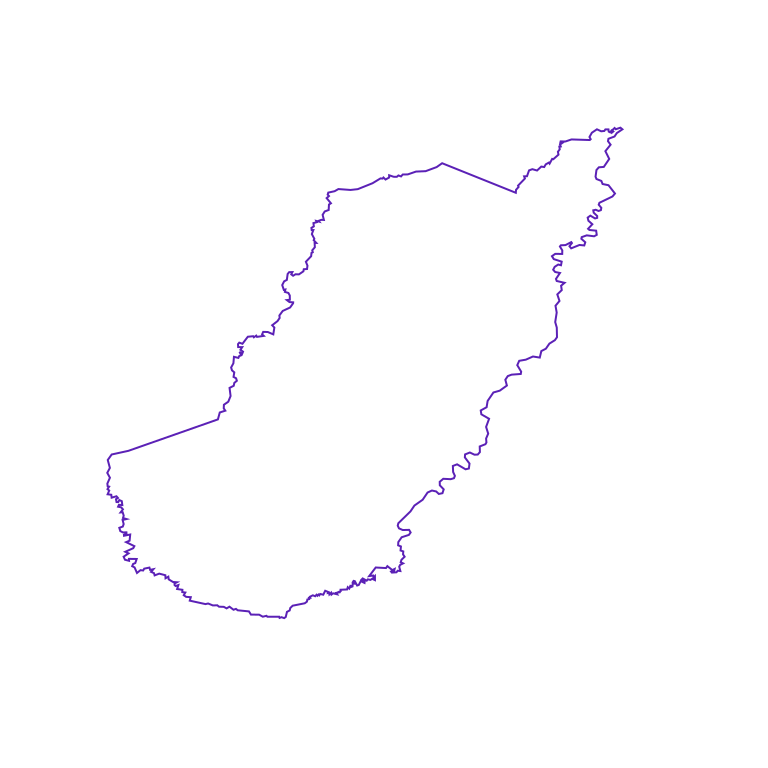 outline of Sabana De Torres, Santander, Colombia, rotated 75°
{"feature_id": "7082276B5396414457031", "entity_name": "Sabana De Torres", "entity_type": "district", "adm_level": 2, "iso_a3": "COL", "parent_name": "Colombia", "parent_adm1": "Santander", "projection": "natural_earth1", "projection_center": [-73.555, 7.427], "detail": "fine", "context": "isolated", "style": "outline", "palette": "violet", "viewbox_px": 768, "rotation_deg": 75, "n_neighbors": 0, "source": "geoboundaries", "source_scale": "gbopen_adm2", "svg_char_len": 6155}
<svg xmlns="http://www.w3.org/2000/svg" viewBox="0 0 768 768"><g transform="rotate(75 384 384)"><path d="M398.2,674.3L403.6,673.0L408.6,677.0L411.3,677.4L412.0,676.1L414.0,678.3L415.8,677.0L419.0,679.5L420.4,676.1L423.3,676.5L423.2,671.5L425.2,670.5L425.9,672.7L428.8,672.9L429.3,671.3L427.6,669.7L429.3,667.6L433.2,668.1L432.1,671.3L433.7,672.6L435.1,669.8L437.5,668.6L439.9,671.7L440.3,669.6L443.8,669.5L445.9,670.8L447.8,667.7L447.7,671.7L451.9,671.7L454.1,673.2L454.4,676.9L457.8,676.8L459.8,674.6L460.6,671.2L462.1,671.5L462.3,674.2L463.3,674.4L463.7,668.1L469.5,670.3L470.0,674.0L476.0,667.1L477.7,668.7L479.1,677.3L481.5,674.6L483.4,680.2L486.7,679.7L488.8,676.0L486.9,675.6L489.0,668.2L492.6,670.6L492.9,672.9L494.8,674.4L496.6,672.4L502.6,671.5L500.8,667.4L501.8,664.9L500.3,663.4L500.6,658.1L503.0,658.0L503.2,654.7L505.2,657.6L507.2,655.1L509.5,655.1L509.0,650.2L512.1,644.7L515.1,645.3L514.3,642.2L517.0,642.5L520.6,639.1L521.9,635.4L522.5,638.0L524.1,638.3L525.2,637.5L525.0,634.7L528.5,636.9L530.6,632.0L532.8,632.7L534.0,629.9L536.2,632.1L538.4,630.2L539.9,625.8L543.0,627.7L550.4,613.4L550.5,610.7L553.6,606.6L554.6,602.3L556.4,601.0L557.8,596.4L560.0,594.1L559.1,590.9L563.1,587.8L562.9,585.2L564.7,583.9L568.7,573.3L572.3,572.2L574.5,564.3L577.4,561.3L577.5,557.5L578.6,556.9L581.7,545.5L582.9,545.4L582.7,543.4L584.3,541.0L583.6,539.2L579.0,536.7L578.3,533.7L576.1,532.5L574.5,529.6L575.3,517.3L574.3,514.8L572.3,513.8L572.4,512.0L571.2,511.9L571.5,510.5L570.3,510.6L569.7,507.4L571.2,505.4L570.1,503.7L571.3,503.1L570.4,501.8L571.4,501.2L570.3,500.0L571.8,497.2L568.5,494.3L570.4,491.8L571.3,492.3L571.3,491.0L573.1,491.2L571.9,489.1L573.8,489.2L573.0,487.4L575.0,483.7L573.4,484.2L573.8,479.8L573.1,481.3L572.8,479.4L571.5,479.2L572.9,472.8L570.9,471.6L572.6,470.5L570.2,468.7L570.6,467.8L571.6,468.8L571.4,466.8L568.7,465.9L569.2,464.3L567.4,465.5L566.3,464.3L566.9,463.2L571.7,462.1L571.6,460.4L568.4,457.5L571.1,454.3L569.0,453.5L567.1,456.2L566.3,454.9L569.5,451.6L568.5,450.2L569.7,447.8L569.1,445.9L571.1,443.5L567.3,442.5L568.4,444.3L566.2,444.0L565.7,448.0L559.1,439.5L562.3,429.7L560.8,427.9L565.9,424.1L565.4,421.6L566.9,422.4L567.0,425.7L568.2,425.2L569.1,420.7L567.9,419.1L568.9,416.6L564.4,416.6L562.9,415.2L562.2,412.0L560.5,414.0L558.3,412.6L556.2,408.8L553.5,409.7L550.7,408.7L549.1,411.1L545.3,409.7L543.5,412.1L540.4,411.1L536.6,406.6L536.2,399.0L534.3,396.7L531.4,397.5L529.9,403.7L527.3,406.9L524.4,407.4L522.2,406.2L513.9,391.4L509.3,386.1L505.8,376.6L500.1,370.0L499.3,365.3L501.3,361.4L504.4,359.5L504.6,355.8L501.2,353.6L496.3,356.3L492.9,355.5L490.9,351.3L493.2,344.2L493.1,340.8L491.1,339.3L486.9,340.0L481.0,338.7L480.5,334.2L487.5,327.3L487.6,323.9L483.0,322.0L475.8,324.9L473.0,323.9L472.4,318.8L475.7,314.9L476.4,311.7L474.6,309.0L469.1,307.7L468.4,301.6L467.0,300.2L463.1,299.5L458.9,296.2L451.9,296.5L444.8,291.5L438.5,297.8L434.6,297.4L433.0,290.9L427.2,288.3L420.5,280.5L420.4,273.9L417.3,265.7L411.3,265.7L408.4,262.4L408.0,258.3L409.7,249.3L407.6,248.3L400.3,250.4L396.6,247.4L397.2,240.7L396.0,233.0L398.8,226.7L392.9,223.5L391.8,218.5L387.8,213.8L385.9,207.6L383.6,204.8L374.2,202.5L368.5,202.6L359.7,198.7L352.8,198.1L349.2,193.0L342.3,193.4L339.3,188.0L334.9,187.5L333.0,183.4L329.2,190.5L327.0,190.7L322.3,185.3L320.1,189.7L317.4,191.0L315.0,188.8L313.7,184.8L315.1,182.3L311.8,180.7L307.3,187.7L304.0,188.7L302.6,184.9L304.5,178.2L301.1,177.2L296.7,178.5L295.8,177.3L296.8,172.7L295.4,166.4L296.5,166.0L298.9,169.2L301.4,168.1L300.3,159.2L302.0,154.7L299.2,152.9L294.8,155.8L293.3,155.0L292.9,149.7L295.7,142.8L295.0,139.9L290.8,139.4L288.4,145.7L286.9,146.7L283.6,141.4L279.2,144.3L276.0,144.2L274.8,141.1L278.7,137.3L278.7,135.1L276.9,134.6L272.8,137.1L270.4,136.9L270.5,134.4L272.4,132.0L272.2,129.5L270.1,128.5L266.4,130.2L264.7,129.0L262.0,114.8L259.8,111.6L250.1,115.7L247.4,121.1L244.1,121.5L241.0,125.7L238.5,126.0L232.3,123.4L230.3,120.4L231.2,115.5L224.9,108.2L216.4,109.9L211.5,103.2L207.4,104.8L205.2,103.7L204.6,97.3L201.9,94.2L199.7,87.8L197.6,89.3L197.9,94.2L196.4,95.0L198.0,98.0L199.4,97.1L200.2,98.9L198.4,99.1L199.5,100.4L198.4,101.6L196.2,101.3L195.4,104.3L196.6,105.7L196.1,108.8L193.1,112.4L195.1,118.2L198.6,121.6L201.0,121.0L201.6,122.1L196.3,139.6L196.7,145.9L195.4,150.6L196.7,151.3L197.4,149.6L198.3,152.0L200.3,151.8L200.1,153.2L202.8,153.5L204.7,155.9L207.6,156.1L210.7,162.3L210.1,163.3L214.0,167.0L212.8,167.4L213.7,170.9L215.9,173.1L214.7,175.8L217.4,180.9L214.9,185.1L215.2,188.6L220.3,192.1L219.7,194.9L222.0,194.7L227.1,203.2L228.5,203.0L230.6,206.2L233.4,207.2L185.8,270.7L188.1,277.0L189.2,288.7L187.1,298.1L187.7,306.8L186.5,311.7L187.9,313.8L186.3,316.1L187.2,318.0L186.3,321.1L183.7,325.0L185.9,325.6L186.9,329.6L184.4,331.1L185.2,332.2L184.5,334.2L187.1,343.1L189.0,358.9L187.9,366.1L183.9,377.6L185.0,381.8L184.7,388.3L186.5,389.4L188.2,388.5L189.6,391.3L195.7,388.5L196.4,390.7L201.6,392.4L202.0,396.6L204.7,399.5L210.0,399.6L209.2,402.0L209.5,405.2L210.3,404.8L208.9,407.3L210.3,407.1L210.3,410.5L213.6,411.0L214.4,413.7L216.6,414.0L217.0,412.4L220.5,414.9L225.7,413.7L226.9,414.7L230.2,412.9L229.8,414.5L234.0,415.4L236.3,418.7L238.3,418.7L238.6,420.1L241.7,421.3L245.7,427.8L249.9,427.3L253.0,428.6L252.4,431.8L254.3,432.7L256.1,437.8L255.1,441.1L255.9,443.8L254.1,445.2L252.2,443.5L251.4,446.6L252.8,448.6L258.3,450.9L259.0,453.9L262.1,456.7L267.2,456.4L267.2,454.8L269.4,455.9L271.3,452.8L274.1,452.1L278.2,453.1L277.8,456.1L280.4,454.1L281.6,450.6L282.5,450.9L285.8,454.9L287.2,462.9L290.7,467.3L293.2,467.7L295.7,470.6L298.3,476.8L301.1,475.3L307.4,478.1L303.7,482.8L302.4,487.2L304.5,488.9L306.4,487.7L305.6,494.5L304.2,494.9L305.2,497.6L304.0,498.0L303.1,503.3L308.5,510.3L306.6,513.1L307.7,514.7L310.6,515.3L311.7,511.4L313.8,513.8L316.3,511.8L318.0,513.1L315.6,515.3L319.3,514.4L319.6,516.7L321.1,517.9L318.9,521.9L325.0,524.1L328.5,527.4L331.5,527.3L334.0,525.6L338.2,527.5L340.2,525.4L342.8,525.3L344.2,528.3L346.8,529.6L347.8,534.2L355.9,535.3L360.8,539.0L362.6,544.0L366.0,545.1L368.7,544.2L369.0,550.0L375.2,553.6L382.4,648.2L381.6,665.3L385.9,670.5L394.1,670.5L398.2,674.3Z" fill="none" stroke="#5b21b6" stroke-width="2"/></g></svg>